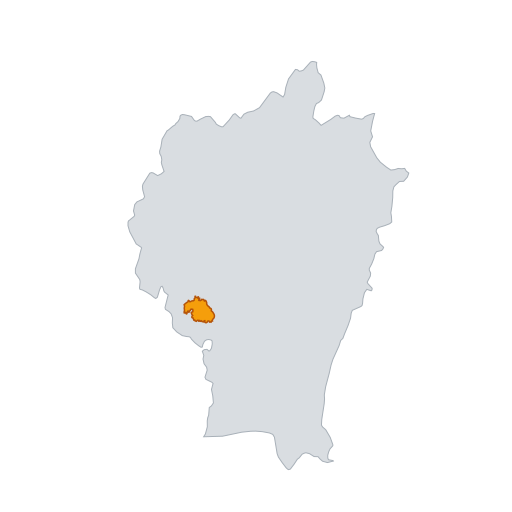 location of Smarhon, Grodno, Belarus, rotated 282°
{"feature_id": "67162791B9257777977100", "entity_name": "Smarhon", "entity_type": "district", "adm_level": 2, "iso_a3": "BLR", "parent_name": "Belarus", "parent_adm1": "Grodno", "projection": "natural_earth1", "projection_center": [26.399, 54.505], "detail": "fine", "context": "in_parent", "style": "filled", "palette": "amber", "viewbox_px": 512, "rotation_deg": 282, "n_neighbors": 0, "source": "geoboundaries", "source_scale": "gbopen_adm2", "svg_char_len": 6681}
<svg xmlns="http://www.w3.org/2000/svg" viewBox="0 0 512 512"><g transform="rotate(282 256 256)"><path d="M420.0,342.4L411.9,342.0L402.2,342.2L396.8,345.2L390.8,343.7L386.7,345.4L377.2,353.7L373.6,358.1L370.1,365.0L368.1,370.0L369.3,373.6L371.2,376.9L371.6,380.4L372.6,383.2L370.3,385.3L368.9,388.2L364.8,387.7L359.8,384.9L358.7,380.8L354.8,378.0L352.3,376.5L348.1,376.3L341.5,377.6L332.8,378.6L326.3,378.9L322.7,380.3L317.5,381.7L315.4,380.1L312.4,375.5L309.9,370.9L308.3,368.9L306.8,368.3L305.0,368.4L303.0,369.9L301.5,371.4L296.1,373.1L293.7,374.7L291.1,379.0L289.3,378.7L287.5,377.7L285.3,373.0L282.5,371.9L277.9,371.8L272.2,370.8L267.5,369.4L265.8,369.7L263.1,371.7L260.1,372.0L253.6,370.2L252.3,371.1L248.6,376.3L246.9,376.5L245.9,375.9L246.4,371.3L242.6,369.7L236.2,369.5L231.8,370.1L229.6,370.0L228.4,369.1L222.9,361.5L220.0,361.0L214.8,361.4L207.2,360.5L198.3,358.8L193.5,358.1L191.0,356.4L185.5,355.9L170.9,352.7L165.0,352.1L156.2,352.0L142.8,351.3L134.3,351.7L130.3,352.8L125.7,353.4L109.8,354.3L104.1,355.2L102.5,356.8L100.6,360.3L94.0,366.3L87.6,370.3L86.4,370.6L82.7,368.5L79.6,367.8L76.0,367.6L73.4,368.2L71.8,369.2L71.9,373.9L71.5,374.3L68.8,368.8L69.1,363.8L70.7,360.9L72.6,358.4L71.9,354.5L73.8,349.4L73.9,345.7L73.1,344.1L71.7,342.3L67.6,340.3L65.8,338.7L60.2,336.5L54.7,333.9L53.8,332.3L54.1,331.2L55.1,329.5L59.4,324.5L64.0,319.7L67.0,317.8L82.6,311.7L85.0,309.5L85.7,305.9L85.5,298.6L84.6,291.9L83.5,287.3L80.7,278.7L72.8,260.8L68.3,242.4L71.4,243.5L78.8,243.9L84.6,242.6L87.7,242.4L90.4,242.8L98.1,241.8L100.0,243.5L103.4,244.9L110.2,242.8L116.2,240.2L122.4,240.5L123.3,239.2L124.9,232.7L126.8,231.3L134.2,232.0L137.0,230.8L139.8,227.6L144.2,225.6L147.9,225.6L151.7,223.3L153.6,224.8L154.5,227.5L153.2,229.7L153.7,230.5L156.4,231.6L160.9,231.5L163.8,230.7L164.5,229.4L164.5,227.2L163.8,225.1L161.9,223.3L158.3,222.4L155.8,222.4L155.3,221.2L156.2,218.8L158.4,214.3L161.2,210.2L162.8,208.7L163.1,207.3L162.8,204.8L162.8,200.4L165.3,194.2L168.5,189.6L173.0,188.1L178.3,187.2L181.8,185.0L183.5,182.5L185.0,178.5L186.7,177.7L199.6,178.2L201.6,174.2L202.7,173.1L205.2,171.9L206.9,170.5L206.2,169.4L202.9,168.7L195.2,168.1L193.6,166.8L194.1,165.2L196.2,161.1L198.1,155.9L199.2,151.8L199.3,149.4L200.4,148.7L206.7,148.0L208.8,147.2L214.2,141.6L218.4,140.7L229.0,142.1L234.0,142.0L240.2,142.4L240.7,141.8L242.9,136.3L253.4,127.5L259.0,124.5L262.5,123.8L263.8,124.0L269.5,128.6L270.8,128.8L274.6,126.8L281.1,126.7L284.2,128.3L288.5,134.0L290.8,134.7L297.1,131.5L300.6,130.4L302.9,130.5L314.9,134.9L315.8,136.3L315.9,138.0L314.2,143.1L316.7,146.3L319.6,148.5L325.7,144.9L328.0,143.9L330.4,143.9L333.7,142.6L336.1,140.6L338.4,139.9L342.8,140.3L350.7,139.9L360.1,143.0L360.9,144.0L365.6,147.6L367.3,149.5L368.8,150.0L371.3,151.8L374.7,152.9L377.0,152.6L378.1,153.2L379.1,154.6L379.3,157.0L379.1,163.9L375.8,167.5L375.4,168.7L375.6,170.2L378.3,173.2L381.9,177.8L382.7,180.5L382.8,182.5L378.3,188.4L376.7,189.8L375.7,192.7L375.2,195.6L375.6,196.9L383.5,201.6L389.3,204.1L390.6,205.4L390.8,206.2L387.8,211.2L387.6,212.6L392.2,214.7L394.9,218.0L397.3,223.4L401.8,228.6L418.3,236.1L419.8,237.5L420.4,239.1L419.9,242.7L417.1,249.4L419.9,250.4L427.2,250.1L436.0,251.0L446.7,255.8L446.8,257.9L445.7,259.9L446.5,261.9L447.7,263.7L457.0,269.0L458.0,270.6L458.2,273.2L458.0,275.1L455.5,275.5L452.7,276.4L448.2,278.7L446.5,281.9L439.2,286.4L434.6,288.4L430.9,288.5L422.2,287.6L419.1,285.4L417.7,283.4L414.4,282.5L409.9,282.4L403.8,282.7L402.5,283.3L401.6,285.8L399.1,290.1L397.3,292.5L405.3,300.9L409.3,304.4L410.6,306.5L410.6,308.0L408.8,309.8L409.1,313.4L413.1,318.1L411.8,318.9L411.6,324.7L411.8,330.9L412.8,332.4L414.9,333.6L416.7,335.9L419.8,341.0L420.0,342.4Z" fill="#d9dde1" stroke="#a8b0b8" stroke-width="1"/><path d="M180.0,209.6L179.9,210.0L179.9,210.5L179.7,210.8L179.7,211.3L180.3,211.7L180.9,212.1L181.1,212.7L181.0,213.3L180.6,213.4L180.3,213.6L180.4,214.0L180.9,214.2L181.2,214.4L181.0,214.7L180.7,214.9L180.6,215.2L180.6,215.4L181.0,215.8L181.2,216.0L180.9,216.3L180.7,216.6L180.6,217.1L180.9,217.5L181.0,217.9L180.6,218.1L180.6,218.5L180.7,218.8L181.1,218.9L181.5,218.9L182.0,219.0L182.1,219.4L181.4,219.5L181.0,219.4L180.7,219.7L180.4,220.1L180.3,220.6L180.4,221.2L180.8,221.7L181.3,222.1L182.1,222.3L182.5,222.6L182.6,223.1L182.5,223.7L182.3,224.1L181.7,224.3L181.8,224.5L182.0,224.7L182.0,225.1L181.9,225.4L181.9,225.8L182.2,225.9L182.8,226.0L183.2,226.1L183.3,226.2L183.4,226.6L183.4,226.9L183.7,226.8L184.1,226.7L184.6,226.7L185.1,226.9L185.7,227.2L186.0,227.5L186.9,227.8L187.9,227.9L188.6,227.8L189.4,227.6L189.9,227.3L190.5,226.9L190.7,226.7L191.4,226.1L191.9,225.5L192.3,225.2L192.5,224.8L192.7,224.5L192.8,224.1L193.1,223.7L193.5,223.6L193.8,223.6L194.1,223.6L194.6,223.4L195.1,223.1L195.2,222.8L195.5,222.4L195.5,221.9L195.5,221.6L195.9,221.2L196.2,221.0L196.7,220.5L196.8,220.0L197.1,219.6L197.3,219.1L197.9,218.5L198.3,218.0L199.1,217.7L199.9,217.5L200.5,217.3L201.0,216.8L201.5,216.6L201.8,216.2L202.0,215.9L202.0,215.5L201.8,215.3L201.3,215.1L201.3,214.8L201.8,214.6L202.1,214.1L202.5,213.9L202.6,213.4L202.5,213.0L202.2,212.5L202.3,212.0L202.2,211.7L201.8,211.6L201.4,211.6L201.3,211.4L201.2,211.1L200.9,210.9L200.7,210.7L200.9,210.3L200.9,210.0L200.7,209.6L200.7,209.3L201.0,209.1L201.5,209.2L202.0,209.5L202.5,209.7L203.0,209.6L203.0,209.2L202.6,208.7L202.6,208.1L203.1,208.0L203.5,208.2L204.0,208.1L203.9,207.8L203.6,207.4L203.2,207.2L203.1,206.8L203.1,206.3L203.1,206.0L203.2,205.7L203.7,205.3L204.0,205.2L203.9,204.8L203.4,204.8L203.2,204.9L203.1,205.1L202.4,205.1L202.0,204.9L201.7,204.6L201.3,204.5L200.7,204.6L200.0,204.7L199.7,204.6L199.5,204.4L199.2,204.1L199.1,203.7L199.0,203.3L198.7,202.6L198.3,202.0L198.0,201.7L197.6,201.2L197.5,200.7L197.8,200.3L198.2,200.0L198.5,199.5L198.5,199.1L198.0,198.9L197.5,199.0L196.9,198.8L196.5,198.4L196.1,197.9L195.5,197.4L194.9,196.9L194.0,196.2L193.4,195.8L192.9,196.1L192.6,196.3L192.2,196.5L191.6,196.6L190.8,196.6L190.1,196.7L189.5,196.8L189.0,197.0L188.2,197.4L187.6,197.3L186.6,197.3L186.0,197.4L185.4,197.6L185.4,197.9L185.5,198.2L185.8,198.3L186.2,198.5L186.2,198.9L185.8,199.1L185.4,199.3L185.0,199.7L184.9,200.1L185.2,200.4L186.1,200.4L186.8,200.5L187.6,200.6L188.0,200.9L187.6,201.2L187.2,201.4L187.0,201.9L187.4,202.4L188.2,202.3L188.6,202.5L188.9,203.0L189.6,203.0L190.3,203.3L190.6,203.6L190.6,204.1L190.4,204.4L190.5,204.8L190.7,205.1L190.1,205.5L189.7,205.6L188.9,205.7L188.2,205.7L188.0,205.2L187.7,204.9L187.5,204.6L187.1,204.4L186.3,204.9L185.6,205.4L185.1,205.9L184.7,206.4L184.4,206.1L183.5,205.9L182.9,206.0L182.5,206.1L182.3,206.6L182.3,207.3L181.9,207.5L181.2,208.0L180.4,208.5L180.6,208.8L180.6,209.4L180.0,209.6Z" fill="#f59e0b" stroke="#b45309" stroke-width="1.5"/></g></svg>